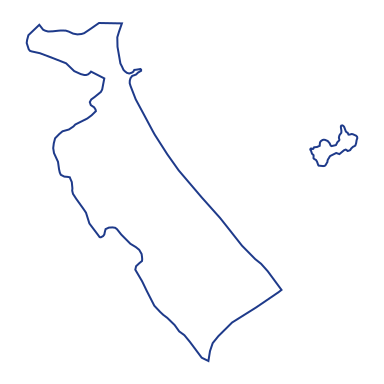 the district of Cua Lo, Nghệ An, Vietnam
{"feature_id": "81297802B13550924224659", "entity_name": "Cua Lo", "entity_type": "district", "adm_level": 2, "iso_a3": "VNM", "parent_name": "Vietnam", "parent_adm1": "Nghệ An", "projection": "orthographic", "projection_center": [105.737, 18.789], "detail": "fine", "context": "isolated", "style": "outline", "palette": "blue", "viewbox_px": 384, "rotation_deg": 0, "n_neighbors": 0, "source": "geoboundaries", "source_scale": "gbopen_adm2", "svg_char_len": 2813}
<svg xmlns="http://www.w3.org/2000/svg" viewBox="0 0 384 384"><path d="M281.5,289.9L267.7,271.2L261.1,263.8L255.2,259.1L242.0,245.7L227.1,226.8L220.1,218.0L201.7,197.4L178.7,170.4L167.3,154.3L154.7,134.6L152.8,131.2L144.2,115.1L135.7,99.3L130.5,85.9L129.7,83.2L129.8,80.6L130.5,78.2L132.2,75.9L134.3,75.2L136.1,74.5L138.0,72.6L139.9,71.5L141.1,70.8L141.1,69.6L140.4,69.0L138.8,69.3L135.6,69.8L134.3,69.9L133.3,71.7L131.8,72.7L129.2,73.5L127.0,72.9L125.0,71.4L123.5,69.9L122.0,66.6L120.4,63.5L117.5,46.8L117.3,37.3L119.0,31.7L121.9,23.4L99.0,23.0L89.2,29.8L84.1,33.2L81.5,34.0L77.4,34.4L73.1,33.6L68.8,31.6L65.7,30.6L61.0,30.5L58.5,30.7L52.8,31.3L48.1,31.5L45.2,30.7L43.1,29.7L39.3,24.8L28.4,35.2L27.1,40.0L26.7,43.0L28.7,49.2L29.9,50.8L31.6,51.4L39.9,53.2L52.6,58.0L66.1,63.3L74.2,71.1L76.6,72.2L80.8,74.1L84.3,75.0L86.1,75.0L88.0,74.4L90.0,72.8L91.0,71.6L104.3,78.4L102.2,89.4L100.9,91.9L94.5,97.1L91.2,99.5L89.8,102.1L90.8,105.1L94.1,107.3L95.5,109.5L95.9,111.1L91.6,115.3L87.3,118.5L80.1,122.1L75.3,124.5L73.4,126.5L68.9,129.5L62.5,131.3L59.2,134.1L55.1,138.3L53.8,143.3L53.2,148.1L54.0,153.1L58.0,161.8L59.0,169.0L59.5,171.3L59.8,172.6L60.8,174.8L64.3,176.6L67.8,176.9L69.8,177.3L70.4,178.9L71.8,182.1L72.4,188.3L72.2,190.7L73.0,193.9L76.2,198.8L83.5,209.0L86.0,212.7L89.4,223.5L98.0,234.9L99.6,237.1L100.8,237.3L103.1,236.1L104.3,234.5L104.9,231.7L105.6,229.1L108.9,227.6L112.5,227.4L115.2,227.8L117.0,229.2L121.2,234.5L130.4,243.8L135.7,247.0L139.2,249.8L141.6,254.0L142.0,256.8L142.2,259.2L142.0,261.0L139.3,263.2L136.1,266.2L135.3,269.7L142.0,281.1L142.8,282.7L146.7,290.8L154.3,305.7L160.1,311.9L163.3,314.9L167.2,317.8L174.6,325.0L179.2,331.4L184.4,335.2L189.9,341.9L201.7,357.7L208.4,361.0L210.0,351.1L212.7,343.1L218.4,336.1L232.1,322.5L256.2,307.4L278.8,292.0L281.5,289.9ZM348.5,134.6L347.6,132.7L346.5,132.2L345.7,131.1L344.2,127.0L343.3,125.9L342.4,125.4L341.3,125.6L340.9,126.2L340.9,127.4L341.4,130.9L341.3,132.8L339.7,134.9L339.2,136.1L338.9,137.8L339.4,139.8L339.1,140.5L337.4,142.2L336.4,144.2L335.9,145.1L331.6,146.1L330.7,145.6L329.6,143.2L327.7,141.0L325.1,139.9L323.8,139.7L322.5,140.0L320.9,141.1L320.0,142.4L319.8,144.1L319.7,145.8L317.0,147.0L315.0,147.2L314.1,147.3L313.7,148.0L313.3,148.8L312.2,149.0L311.7,148.5L310.9,148.5L310.4,149.0L310.3,149.7L311.0,150.7L312.0,153.7L313.5,155.1L313.6,155.8L313.5,158.2L314.1,158.9L316.0,160.0L317.0,161.6L318.2,165.0L318.6,165.6L323.2,166.1L324.6,165.9L325.5,165.2L327.4,162.0L327.6,160.3L328.2,159.1L329.2,157.6L329.5,156.9L330.2,156.0L336.2,153.0L339.4,154.1L344.1,150.2L345.7,149.6L346.7,150.1L347.5,151.0L348.5,150.8L350.2,150.1L351.2,148.5L353.0,146.8L354.1,146.3L355.3,145.6L356.1,143.3L356.6,140.2L357.3,138.1L357.1,136.8L356.1,135.7L353.0,134.3L351.8,134.0L349.5,134.6L348.5,134.6Z" fill="none" stroke="#1e3a8a" stroke-width="2"/></svg>